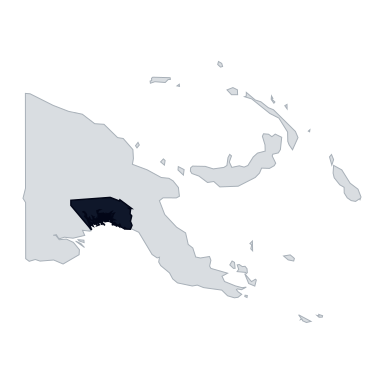 Kikori District, Gulf, Papua New Guinea shown in context
{"feature_id": "67681753B67388913989028", "entity_name": "Kikori District", "entity_type": "district", "adm_level": 2, "iso_a3": "PNG", "parent_name": "Papua New Guinea", "parent_adm1": "Gulf", "projection": "robinson", "projection_center": [144.53, -7.347], "detail": "fine", "context": "in_parent", "style": "filled", "palette": "ink", "viewbox_px": 384, "rotation_deg": 0, "n_neighbors": 0, "source": "geoboundaries", "source_scale": "gbopen_adm2", "svg_char_len": 9540}
<svg xmlns="http://www.w3.org/2000/svg" viewBox="0 0 384 384"><path d="M25.7,258.7L25.6,202.5L23.0,198.3L25.5,188.3L25.4,93.4L30.1,93.8L53.2,105.4L68.7,111.4L82.3,114.2L94.7,123.7L104.0,124.3L117.6,137.6L123.2,138.5L132.9,149.6L133.4,158.6L132.4,164.3L147.1,169.8L161.2,177.5L168.9,178.3L173.1,180.9L178.4,187.5L179.4,196.3L176.3,197.9L163.1,197.8L159.4,200.7L164.7,214.5L176.6,227.2L185.6,232.9L188.2,244.4L192.8,248.0L195.7,257.0L200.4,258.0L209.5,256.5L210.9,260.3L209.6,266.1L210.9,268.4L227.6,273.2L222.0,276.2L224.5,281.5L235.4,285.9L242.2,287.7L246.3,287.1L241.5,289.7L237.3,288.9L236.4,289.7L238.2,291.9L241.7,294.3L238.0,297.3L234.4,297.8L227.6,295.8L221.8,290.1L203.6,287.6L197.3,285.1L192.3,286.0L177.5,282.9L172.7,278.9L169.5,272.9L160.7,265.6L158.7,262.0L159.5,257.2L157.1,257.9L152.1,254.5L138.8,232.3L132.0,229.1L115.1,225.3L112.6,221.0L104.7,219.3L102.9,222.2L96.5,224.1L91.0,222.0L85.6,216.6L92.0,228.9L89.7,228.8L90.8,230.8L89.6,231.1L82.5,230.3L84.7,235.4L73.0,238.2L64.4,237.2L60.3,238.5L58.6,238.3L56.3,234.6L53.2,235.3L55.8,235.4L59.2,239.7L66.4,239.1L73.4,242.4L79.4,249.7L79.1,254.7L63.1,264.0L53.7,260.0L40.1,261.1L35.3,259.5L29.2,261.3L25.7,258.7ZM268.5,134.2L271.9,136.7L275.2,134.1L281.7,137.3L280.4,149.6L278.3,152.9L272.8,154.2L272.2,156.0L275.7,163.2L274.2,165.7L269.5,168.4L261.6,168.1L259.5,173.1L255.2,177.5L238.2,186.2L219.8,186.9L213.8,181.5L207.5,182.5L199.0,176.1L191.9,173.5L190.4,171.1L190.6,167.9L192.6,166.1L205.3,166.4L213.3,168.9L223.9,167.4L226.9,165.5L228.0,157.6L229.7,154.4L231.5,155.9L229.3,162.0L231.8,167.4L239.3,165.8L244.1,167.1L247.9,165.5L253.2,157.0L257.5,153.1L265.2,151.1L265.0,144.9L262.4,136.3L263.5,133.8L268.5,134.2ZM361.0,197.0L360.0,199.7L359.5,198.8L355.6,201.4L351.2,200.6L347.2,197.8L344.2,192.9L344.1,187.3L339.8,184.8L334.2,177.8L333.1,173.1L333.6,165.4L341.8,169.9L350.1,183.2L358.0,189.2L361.0,197.0ZM298.0,137.6L292.5,149.8L289.1,144.8L287.8,141.4L287.6,132.0L278.9,118.1L269.9,113.5L251.7,98.9L244.5,96.7L246.3,96.0L246.3,92.4L255.3,100.0L260.9,101.8L268.3,107.7L273.4,109.7L295.4,131.4L298.0,137.6ZM152.8,77.2L170.1,77.7L170.4,79.4L168.1,79.6L165.2,82.5L154.9,81.7L150.4,83.2L150.1,81.1L151.7,80.5L151.5,78.3L152.8,77.2ZM239.2,264.5L242.3,266.6L245.0,266.3L247.0,268.7L247.3,272.7L246.2,273.6L245.5,272.4L237.1,271.6L238.7,269.3L237.2,264.9L239.2,264.5ZM237.6,94.7L231.5,94.7L227.0,89.9L232.9,87.6L237.4,89.8L237.6,94.7ZM251.5,281.6L255.4,279.2L256.3,280.0L254.8,286.1L248.7,283.5L244.7,273.7L251.5,281.6ZM283.6,256.0L290.2,254.9L293.4,257.5L294.4,258.5L293.7,261.0L288.2,259.9L283.6,256.0ZM298.6,314.8L311.0,321.4L306.4,322.5L302.5,320.7L302.0,319.1L300.4,319.7L301.2,318.5L298.6,314.8ZM183.4,175.1L178.0,170.0L178.3,166.6L184.1,169.6L183.4,175.1ZM235.1,268.3L233.5,268.4L229.8,264.9L232.1,261.0L234.5,262.4L235.1,268.3ZM331.8,165.1L329.5,156.9L331.5,154.5L333.6,159.6L331.8,165.1ZM164.4,165.1L160.6,161.9L163.4,158.9L165.1,160.5L164.4,165.1ZM222.6,66.5L220.5,67.1L217.7,64.5L218.5,61.5L221.7,63.4L222.6,66.5ZM139.3,145.0L137.0,147.9L135.5,145.7L138.0,142.4L139.3,145.0ZM252.4,241.0L252.6,250.8L250.8,248.8L251.7,244.8L249.9,243.6L252.4,241.0ZM80.8,243.5L84.5,247.5L75.6,241.1L80.8,243.5ZM84.1,242.6L79.1,240.9L78.1,239.7L83.9,240.2L84.1,242.6ZM322.6,315.7L322.3,317.1L319.1,317.3L316.9,315.4L319.0,315.8L318.7,314.4L322.6,315.7ZM287.0,104.4L287.1,108.9L284.8,105.7L287.0,104.4ZM274.9,102.0L273.9,103.2L271.6,100.0L272.1,99.4L274.9,102.0ZM247.3,295.5L247.0,297.5L244.8,296.5L245.1,295.2L247.3,295.5ZM272.9,98.4L271.2,99.0L271.5,95.9L272.9,98.4ZM179.3,84.2L179.5,86.4L177.0,85.9L179.3,84.2ZM309.9,129.7L309.6,131.8L308.3,131.1L309.9,129.7Z" fill="#d9dde1" stroke="#a8b0b8" stroke-width="1"/><path d="M110.2,197.4L70.9,200.3L70.9,205.4L91.6,230.0L87.5,219.9L87.4,219.2L87.5,218.7L86.5,218.4L85.0,216.7L85.1,215.8L86.3,215.6L86.2,214.2L85.2,214.2L84.0,211.8L82.4,212.4L83.1,211.7L83.9,211.6L84.9,212.2L86.4,214.2L86.5,215.9L85.1,216.3L88.0,218.2L89.4,221.6L95.1,224.5L93.7,222.7L93.8,221.8L93.3,221.5L93.5,220.8L93.1,220.9L92.9,220.7L93.0,220.2L92.4,220.7L90.9,220.3L90.4,219.8L90.4,219.4L90.1,219.1L90.0,218.7L89.8,218.7L89.6,218.6L89.4,218.1L89.6,218.0L89.5,217.8L89.6,217.6L90.9,220.3L93.0,220.1L96.6,225.1L95.9,220.1L94.0,219.6L93.8,218.8L93.3,218.7L92.9,217.9L93.2,217.3L93.5,217.0L93.2,217.0L92.8,216.8L92.6,216.4L93.6,217.0L94.1,219.5L95.1,219.0L95.6,219.0L96.7,220.8L96.9,218.9L98.0,221.0L98.1,216.0L99.0,216.2L97.3,212.9L96.8,210.0L97.5,211.7L97.7,211.4L98.1,211.3L98.0,210.7L98.5,210.2L99.3,209.7L99.8,209.8L98.6,210.2L98.1,211.4L97.6,211.6L98.0,213.7L103.6,213.2L105.4,216.0L105.0,214.8L105.0,214.1L105.7,214.5L105.7,215.4L106.1,213.8L107.0,215.3L107.4,213.7L107.7,213.8L107.8,213.9L107.2,215.3L107.6,215.0L107.8,215.2L108.0,215.7L107.8,216.2L108.1,216.1L108.7,216.3L108.2,215.6L108.4,215.0L108.8,216.2L108.6,216.8L110.0,215.1L109.7,214.5L110.1,213.7L109.9,213.5L109.7,213.9L109.6,214.0L109.5,213.9L109.2,212.7L109.6,213.9L109.9,213.2L110.6,212.5L110.9,212.8L111.3,211.8L111.8,211.6L111.0,212.9L110.0,213.3L111.0,214.5L110.2,217.8L109.4,218.4L110.3,219.4L110.1,218.6L110.6,217.4L112.4,217.1L112.2,216.2L112.3,216.0L112.9,215.8L112.8,214.5L112.9,214.3L113.3,214.3L113.3,214.0L113.0,213.9L112.9,213.8L113.2,213.6L113.8,213.6L113.8,213.3L114.2,213.2L113.9,213.7L113.0,213.8L113.3,214.0L113.4,214.3L112.5,217.1L111.5,218.3L114.5,219.8L112.3,220.0L112.5,223.4L113.3,222.0L112.9,223.3L113.3,222.9L114.3,222.7L115.3,225.6L115.5,223.3L119.4,226.6L119.2,224.7L119.5,224.5L120.0,224.4L120.8,226.8L124.7,228.9L125.4,228.5L124.8,228.3L124.6,228.0L124.7,227.6L125.3,227.0L124.7,227.9L125.5,228.3L125.1,229.0L130.4,229.2L132.0,225.3L130.4,221.3L131.7,215.9L130.0,213.8L130.5,209.7L128.8,208.4L131.6,208.5L119.9,199.8L119.4,201.0L110.2,197.4ZM111.2,217.6L110.0,221.7L111.2,222.3L112.1,220.1L111.1,218.9L111.2,217.6ZM103.8,213.5L102.4,215.1L103.6,215.3L103.6,215.5L103.4,216.5L104.1,216.5L104.1,217.5L104.5,216.9L104.9,216.7L105.1,217.8L105.6,216.8L103.8,213.5ZM100.7,213.8L98.9,214.3L99.6,214.3L100.8,215.8L102.7,214.5L100.7,213.8ZM100.5,216.7L99.9,216.6L100.3,216.9L100.4,217.9L100.3,219.4L101.1,219.9L101.1,221.0L101.8,220.1L100.5,219.2L100.8,219.1L100.7,218.9L100.9,218.7L100.7,218.5L102.1,219.6L100.5,216.7ZM97.8,222.0L96.4,222.0L98.3,223.7L98.9,222.3L97.8,222.0ZM108.1,221.1L107.0,218.6L106.9,219.7L106.2,221.2L108.1,221.1ZM102.4,222.3L102.2,220.3L101.4,220.7L101.8,221.6L101.4,223.0L102.1,224.0L102.9,223.6L102.3,223.1L102.4,222.3ZM93.1,226.1L92.2,224.2L90.0,223.1L91.2,225.1L93.1,226.1ZM103.7,219.2L103.2,219.7L105.5,222.3L104.0,220.0L104.3,219.0L103.7,219.2ZM104.7,217.7L103.1,217.9L104.4,218.0L104.6,220.6L104.7,217.7ZM103.8,223.9L102.5,223.1L104.9,225.4L103.8,223.9ZM98.8,224.0L97.6,225.4L99.3,224.8L98.8,224.0ZM108.8,219.7L110.4,219.8L109.0,218.5L108.8,219.7ZM100.0,219.6L99.6,219.6L100.2,220.2L101.2,222.3L100.0,219.6ZM99.6,219.4L99.2,217.4L99.0,217.0L99.6,219.4ZM99.8,215.7L98.9,214.6L99.3,216.1L100.6,216.1L100.9,216.6L100.4,215.6L99.8,215.7ZM114.0,222.9L112.8,223.9L114.7,225.1L113.9,224.3L114.0,222.9ZM106.7,219.3L105.3,218.5L106.1,220.7L106.7,219.3ZM108.2,218.2L107.4,216.6L107.0,216.6L106.9,216.8L107.1,217.1L106.9,218.4L108.2,218.2ZM102.1,217.2L101.2,216.9L102.7,218.8L102.1,217.2ZM106.2,216.4L105.7,216.4L105.9,217.0L105.3,218.4L106.2,216.4ZM97.8,221.6L99.1,221.6L98.8,221.5L98.7,221.4L98.6,220.5L98.7,219.9L97.8,221.6ZM99.9,223.0L100.1,221.3L99.7,221.4L99.9,223.0ZM99.2,217.3L100.2,216.9L99.2,216.4L99.2,217.3ZM107.8,215.3L107.6,215.1L107.3,215.3L107.0,215.3L106.7,215.2L106.5,215.5L106.6,215.8L107.8,215.3ZM102.9,221.1L103.5,221.6L102.3,220.2L102.9,221.1ZM102.8,216.8L102.2,217.1L102.8,218.2L103.4,217.5L102.9,217.1L103.1,216.6L102.8,216.8ZM103.0,215.6L102.4,215.3L102.7,215.9L102.5,216.3L102.3,216.4L102.9,216.8L103.0,215.6ZM106.8,217.8L107.0,217.1L106.8,216.9L107.0,216.3L106.5,215.9L106.8,217.8ZM112.8,224.1L111.9,223.8L112.9,224.8L113.3,224.4L112.8,224.1ZM99.6,220.9L98.8,221.4L99.4,221.4L99.6,220.9ZM109.8,216.4L108.8,216.8L109.2,218.4L109.4,217.3L109.8,217.1L109.5,217.0L109.5,216.9L109.7,216.5L109.8,216.4ZM108.6,216.9L107.5,216.6L108.3,217.4L108.6,216.9ZM89.8,225.4L90.7,226.1L89.9,224.7L89.8,225.4ZM98.8,219.8L99.5,219.2L98.7,218.4L99.1,219.5L98.8,219.8ZM102.5,219.0L102.2,220.1L102.9,220.1L102.5,219.0ZM104.0,217.7L103.2,216.5L103.0,217.1L104.0,217.7ZM106.8,218.4L106.4,217.7L105.8,218.7L106.8,218.4ZM101.6,215.9L100.9,215.7L101.0,216.6L101.5,216.5L101.6,215.9ZM108.9,217.5L108.6,217.1L108.5,217.4L108.0,217.6L108.9,217.5ZM119.7,226.5L120.4,226.6L119.9,225.3L119.7,226.5ZM108.1,219.1L108.8,218.7L108.1,218.3L108.1,219.1ZM99.3,220.0L100.0,220.3L99.4,219.8L99.3,220.0ZM101.3,224.1L102.6,224.5L101.7,223.9L101.3,223.2L101.3,224.1ZM87.5,219.4L88.0,219.4L87.7,218.8L87.5,219.4ZM102.2,216.4L101.6,216.3L102.2,217.0L102.5,216.7L102.2,216.4ZM110.0,217.9L109.9,216.3L109.6,217.0L109.9,217.0L109.6,217.6L110.0,217.9ZM105.5,216.3L106.2,215.9L105.5,215.4L105.5,216.3ZM101.9,215.6L102.6,215.8L102.1,215.0L101.9,215.6ZM107.7,221.3L108.4,221.3L108.2,220.3L108.2,221.0L107.7,221.3ZM106.4,215.9L106.7,215.7L106.5,214.9L106.4,215.9ZM106.4,218.8L107.0,218.8L106.8,218.5L106.4,218.8ZM98.6,219.3L98.9,219.3L98.2,218.7L98.6,219.3ZM116.0,226.0L116.1,225.3L116.0,226.0ZM105.4,215.4L105.7,214.8L105.2,215.0L105.4,215.4ZM105.8,215.5L106.1,215.3L106.0,215.1L105.8,215.5ZM100.4,216.6L100.7,216.5L100.4,216.3L100.4,216.6ZM107.6,214.3L107.3,214.0L107.6,214.3L107.6,214.3ZM98.8,215.3L99.0,215.2L98.9,215.1L98.8,215.3ZM95.4,219.4L95.6,219.1L95.3,219.1L95.4,219.4ZM116.5,226.0L116.8,225.9L116.5,225.7L116.5,226.0Z" fill="#0f172a" stroke="#020617" stroke-width="1.5"/></svg>